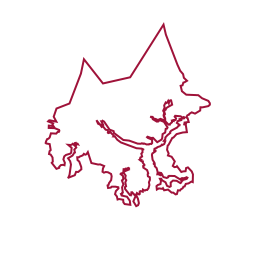 outline of Sørfold nor, Nordland, Norway, rotated 241°
{"feature_id": "86288312B94814604845877", "entity_name": "Sørfold nor", "entity_type": "district", "adm_level": 2, "iso_a3": "NOR", "parent_name": "Norway", "parent_adm1": "Nordland", "projection": "albers", "projection_center": [15.554, 67.519], "detail": "fine", "context": "isolated", "style": "outline", "palette": "rose", "viewbox_px": 256, "rotation_deg": 241, "n_neighbors": 0, "source": "geoboundaries", "source_scale": "gbopen_adm2", "svg_char_len": 5797}
<svg xmlns="http://www.w3.org/2000/svg" viewBox="0 0 256 256"><g transform="rotate(241 128 128)"><path d="M59.7,92.8L63.5,94.3L68.4,93.8L72.0,89.7L73.7,89.9L73.4,91.1L74.1,91.4L74.1,92.2L78.9,94.0L81.0,96.7L85.0,97.2L85.3,97.8L85.2,98.8L88.3,100.4L92.1,98.9L91.2,99.8L91.5,100.5L90.7,101.8L94.1,104.2L93.5,105.0L93.7,106.1L92.9,107.5L93.0,108.9L92.2,109.4L91.9,109.2L92.2,106.4L91.4,107.2L91.7,104.4L91.4,102.4L87.5,102.9L85.3,101.1L83.2,101.2L81.8,99.3L77.9,98.0L78.0,97.1L77.7,96.6L76.1,95.9L68.3,97.2L67.8,97.8L68.4,98.2L68.2,98.6L70.1,99.8L69.8,100.5L66.2,101.2L65.9,101.6L66.2,102.1L65.0,102.9L66.7,104.3L64.5,105.5L64.6,106.3L66.8,107.5L66.7,108.5L65.1,110.0L66.9,111.2L65.1,112.4L65.1,114.0L64.5,114.7L65.3,116.6L67.8,119.1L70.4,120.0L72.0,122.0L74.3,123.2L76.1,122.0L78.1,122.8L78.5,123.7L81.9,124.3L85.9,122.2L87.4,122.8L87.3,124.1L87.7,124.5L90.5,124.1L91.5,124.8L92.3,123.7L94.4,122.8L94.1,124.0L95.1,123.5L96.2,124.5L96.2,126.5L99.1,127.2L99.7,128.9L101.7,129.9L101.7,130.7L101.2,130.6L101.8,131.0L103.3,130.0L106.2,125.6L118.8,114.8L123.0,112.9L126.9,112.4L127.6,111.3L127.8,111.9L133.2,110.5L133.6,110.0L133.5,109.5L132.8,109.5L133.1,108.3L133.7,108.1L134.4,109.0L136.2,109.0L137.4,107.6L141.6,106.9L141.6,105.5L144.5,105.2L146.2,103.9L150.1,104.2L145.1,105.0L142.5,107.3L142.6,107.8L146.8,107.9L146.3,108.9L146.6,109.3L145.2,110.2L135.5,111.1L132.2,113.9L130.5,113.3L119.8,118.1L116.4,122.9L109.6,128.9L108.0,131.6L107.9,132.8L106.8,133.6L106.8,134.4L104.5,136.4L103.7,138.2L104.5,138.3L103.5,138.4L103.3,140.0L102.7,140.7L103.1,141.8L106.1,143.4L109.8,140.5L110.7,140.2L110.9,140.9L108.1,143.3L107.3,145.1L101.4,146.7L101.6,151.6L102.4,152.9L105.9,155.3L106.0,158.3L109.0,160.6L108.6,162.0L109.4,162.9L116.0,162.4L119.6,159.4L119.0,157.7L119.6,156.3L123.6,154.0L124.5,154.2L124.2,154.7L124.5,154.9L125.5,154.7L125.8,153.8L127.1,152.9L125.8,154.9L124.2,155.1L123.8,154.3L123.0,154.9L123.2,155.5L122.6,156.5L119.8,158.5L119.9,159.2L120.4,159.2L120.3,160.8L117.0,163.6L118.5,164.8L120.4,164.8L121.9,165.3L123.8,167.1L126.0,167.1L128.0,169.8L130.2,170.6L132.0,173.3L131.2,173.6L131.2,174.5L132.2,176.2L130.0,175.8L131.7,177.4L131.6,178.7L131.3,179.1L127.0,177.9L127.0,172.5L126.6,170.3L125.8,170.0L125.7,168.8L124.9,167.6L122.2,167.1L121.5,165.5L118.5,165.2L115.9,163.9L111.3,165.1L110.7,166.3L111.2,166.7L111.7,169.3L113.1,169.9L112.4,170.8L113.1,170.7L113.0,171.5L112.0,173.5L113.1,174.7L115.3,174.3L115.8,175.2L112.7,179.7L110.5,180.9L110.4,181.8L110.9,182.7L109.3,181.7L110.8,177.3L110.0,176.9L108.9,179.3L109.9,174.8L108.7,173.2L104.9,175.0L105.5,174.2L105.2,172.5L104.6,171.3L104.7,164.4L104.0,162.8L103.2,162.6L102.6,159.0L101.6,156.1L100.3,155.3L99.3,153.1L98.4,154.2L96.4,151.9L96.4,149.8L97.0,149.6L96.4,147.7L97.0,144.3L96.7,143.8L97.0,141.1L95.6,140.0L94.8,141.1L94.3,140.8L93.9,136.9L92.9,135.9L88.3,134.1L84.8,134.3L84.3,133.8L84.5,132.5L83.5,133.9L81.5,132.9L79.0,133.6L74.9,132.5L73.3,131.2L73.0,131.8L73.9,132.6L73.9,133.6L72.6,135.2L71.3,135.3L71.6,134.1L73.0,133.1L72.7,132.2L70.8,133.6L70.6,134.5L71.2,134.7L70.8,135.1L67.9,135.2L65.5,137.7L65.4,139.3L66.2,139.8L66.2,140.7L63.4,145.5L57.2,149.0L57.0,149.9L58.0,149.9L58.0,151.0L56.8,152.5L57.0,152.7L56.6,154.1L56.6,155.3L55.7,155.9L55.1,154.9L55.2,153.7L56.0,150.9L55.5,150.1L55.4,148.8L54.5,148.1L54.4,147.1L58.2,145.0L60.2,141.9L59.6,138.9L56.3,137.1L56.3,135.8L58.5,134.1L62.3,134.5L65.7,132.5L67.5,132.5L68.1,131.3L65.8,131.2L63.2,129.2L63.7,126.4L63.3,124.7L60.2,123.4L60.2,125.7L58.1,128.6L58.4,129.4L56.0,129.4L54.7,133.2L50.4,134.8L49.5,136.3L46.9,137.4L46.5,138.7L49.3,141.5L48.1,143.2L48.7,144.3L48.8,146.6L49.8,148.0L49.4,149.2L51.1,151.4L50.2,154.1L50.4,157.5L49.3,158.4L55.9,162.3L59.1,162.7L64.5,161.3L64.8,159.4L62.3,157.4L63.3,155.2L63.7,153.3L70.8,152.3L70.5,151.6L71.3,149.6L73.1,148.8L76.1,152.7L81.7,152.2L84.6,149.6L86.0,151.2L90.0,151.6L93.4,154.2L93.6,155.3L97.9,162.0L97.6,163.0L99.1,167.5L97.5,173.8L95.8,177.5L102.8,180.1L103.9,178.9L105.3,180.1L104.2,181.2L104.8,181.6L103.8,184.0L107.7,184.9L109.0,184.0L110.3,186.1L110.1,187.9L110.6,188.4L110.8,191.3L108.1,193.6L108.3,199.6L111.0,201.4L109.9,203.3L108.2,208.9L108.7,210.9L110.0,211.6L112.8,211.4L118.1,207.2L122.6,205.4L128.9,195.1L134.0,193.0L139.4,194.5L138.9,196.4L140.9,198.4L140.6,199.6L140.7,202.5L144.8,201.2L148.4,202.3L152.7,201.4L159.3,201.9L191.3,206.4L201.2,209.2L171.3,154.5L179.1,127.7L209.5,122.8L198.4,113.2L177.8,88.7L179.7,74.9L173.9,68.5L168.3,68.4L172.7,63.3L172.9,62.4L172.5,61.3L168.3,64.8L167.5,63.5L165.8,63.7L168.5,59.9L166.5,58.7L163.5,63.7L159.7,66.8L158.8,66.6L158.1,65.6L158.7,64.7L157.9,62.5L160.7,58.0L157.7,54.9L157.2,53.2L157.5,51.9L156.0,49.8L154.8,48.7L154.1,49.0L151.9,51.7L146.2,49.7L145.8,48.2L143.5,46.3L142.2,47.5L138.8,47.7L135.0,45.9L134.5,44.4L127.0,45.6L126.5,48.5L127.4,49.0L128.1,51.3L127.3,53.3L126.2,54.4L128.2,55.9L131.9,56.3L134.1,58.5L134.5,60.7L133.6,64.9L133.8,66.0L134.3,66.6L138.0,69.1L142.3,67.5L141.0,69.5L140.7,70.6L141.0,72.0L139.1,72.6L140.6,74.1L140.3,75.2L139.4,75.1L139.5,75.4L138.7,76.3L138.1,76.3L139.0,75.5L138.5,75.4L137.8,73.4L136.0,73.3L135.2,70.6L132.3,69.7L132.4,69.0L130.8,66.1L130.6,60.9L127.0,61.3L123.7,60.4L115.7,54.4L113.9,52.4L113.5,51.1L112.5,58.6L114.8,61.3L113.7,63.2L114.5,67.2L116.6,68.2L122.3,69.1L124.4,68.3L127.0,69.4L126.2,70.9L126.4,71.8L126.0,75.1L126.8,76.9L125.4,77.6L125.2,79.0L126.4,81.2L115.1,79.0L110.5,84.2L109.7,86.0L106.3,88.7L104.8,86.5L102.1,84.5L100.6,85.3L100.3,87.2L99.0,89.0L96.0,90.9L93.7,90.3L90.6,88.0L88.9,84.5L87.7,83.5L87.7,82.3L85.2,81.5L84.2,84.1L84.6,85.2L82.9,88.4L80.9,90.8L79.8,90.4L78.7,86.8L76.4,84.6L73.5,85.1L70.5,84.2L70.2,85.8L67.6,89.0L65.2,87.9L63.1,88.2L59.7,92.8ZM61.2,97.1L55.7,97.3L55.6,99.4L57.0,101.1L61.3,102.4L63.3,102.5L64.5,101.2L61.2,97.1Z" fill="none" stroke="#9f1239" stroke-width="2"/></g></svg>